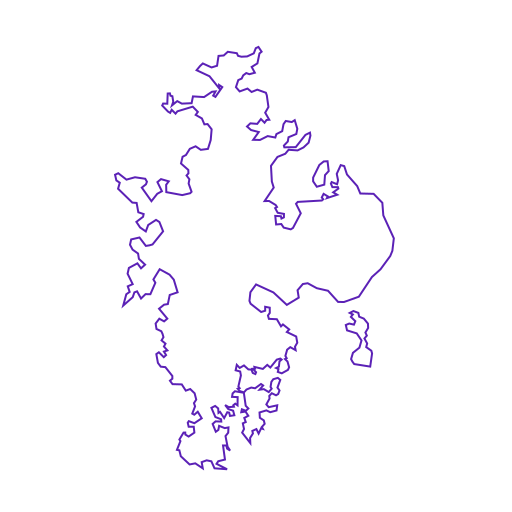 outline of Geoje-si, South Gyeongsang, South Korea, rotated 171°
{"feature_id": "91817680B58127051569150", "entity_name": "Geoje-si", "entity_type": "district", "adm_level": 2, "iso_a3": "KOR", "parent_name": "South Korea", "parent_adm1": "South Gyeongsang", "projection": "albers", "projection_center": [128.639, 34.872], "detail": "fine", "context": "isolated", "style": "outline", "palette": "violet", "viewbox_px": 512, "rotation_deg": 171, "n_neighbors": 0, "source": "geoboundaries", "source_scale": "gbopen_adm2", "svg_char_len": 6110}
<svg xmlns="http://www.w3.org/2000/svg" viewBox="0 0 512 512"><g transform="rotate(171 256 256)"><path d="M330.2,52.8L317.9,49.9L327.5,56.9L325.4,59.2L318.5,59.8L318.2,74.0L314.9,73.5L314.7,70.3L312.0,67.9L313.9,72.1L314.3,82.9L311.1,85.8L310.0,91.0L313.8,90.9L319.0,94.0L320.4,90.1L323.2,88.7L325.1,96.9L321.8,99.0L316.2,97.9L316.0,100.2L321.3,103.3L323.8,113.0L319.8,114.3L317.2,111.4L317.6,106.9L315.9,107.7L312.8,100.9L308.8,106.2L307.0,105.5L306.7,102.1L302.3,102.1L302.8,106.8L307.3,109.1L309.8,113.6L306.6,111.0L301.4,110.6L301.8,112.1L299.6,113.4L297.6,111.4L296.2,119.5L301.7,120.6L300.6,123.9L298.0,125.7L289.4,122.8L289.6,109.7L287.4,106.6L290.2,104.7L293.9,106.8L295.0,104.0L290.7,104.0L288.6,99.4L292.9,97.9L292.1,93.6L295.2,92.8L294.9,87.0L297.3,83.7L290.9,72.1L290.3,77.2L286.8,81.2L287.0,83.8L282.7,85.0L281.2,80.2L277.9,85.0L276.3,84.2L277.0,86.2L273.7,88.9L274.0,92.4L277.5,95.6L277.0,100.9L269.9,101.9L266.4,99.5L259.9,100.2L258.4,105.2L267.1,104.7L269.0,107.8L264.9,113.1L264.8,115.7L261.9,118.0L258.0,115.3L255.7,116.2L253.8,119.5L255.4,122.7L251.4,129.8L253.5,132.2L258.2,131.6L260.5,129.3L262.1,124.4L261.3,122.5L264.7,119.6L269.1,123.3L273.4,123.4L269.2,127.0L271.1,128.8L277.6,125.5L281.3,126.8L286.3,125.6L289.2,123.2L293.0,125.0L294.8,127.8L292.9,128.1L293.8,129.9L289.6,140.4L289.7,144.4L294.0,146.3L292.0,151.5L289.6,148.0L285.0,149.8L281.3,145.2L278.3,144.5L277.5,141.0L275.1,139.5L274.1,141.2L276.8,145.1L274.7,144.9L274.9,146.7L266.9,143.4L261.9,146.7L259.3,143.6L251.7,150.4L248.0,150.9L246.9,149.7L249.3,148.2L250.7,143.1L253.6,142.2L251.5,140.8L252.6,138.1L248.9,136.1L242.3,138.5L240.7,140.9L241.4,146.9L243.5,149.7L241.7,150.3L242.6,152.7L239.9,158.6L236.4,160.6L231.6,156.8L231.7,160.3L228.8,163.9L228.9,170.2L237.4,176.1L234.7,178.3L240.1,184.2L242.3,182.6L245.3,190.3L253.1,191.9L253.5,195.4L251.3,197.6L250.5,202.8L254.9,204.4L255.5,200.5L259.7,199.9L268.8,209.7L269.5,212.7L267.2,221.1L260.4,227.9L244.5,217.3L233.2,202.9L220.3,208.2L220.3,215.7L214.1,221.0L209.2,221.0L201.0,214.7L190.3,210.4L182.1,197.8L176.3,196.8L160.8,199.7L144.8,217.1L135.1,223.4L123.4,235.0L120.5,239.8L117.1,251.9L123.9,276.2L122.9,288.8L130.1,299.0L143.2,301.4L145.1,309.2L153.4,322.3L154.8,331.0L158.1,332.5L163.4,324.5L163.1,317.9L164.7,314.2L169.7,317.2L170.7,315.8L169.8,312.1L164.3,311.2L164.1,309.7L169.8,306.8L166.2,303.8L176.9,302.1L175.7,303.6L179.5,306.8L181.9,303.5L180.7,301.5L182.3,300.5L206.3,302.9L208.3,301.3L205.1,291.2L215.1,277.9L217.5,276.9L224.2,279.7L226.0,283.6L231.2,284.0L230.7,292.6L225.2,291.4L225.0,289.0L222.4,289.8L221.8,293.2L227.8,295.3L229.6,300.3L227.6,301.1L228.6,303.3L234.5,308.3L238.9,308.9L227.8,320.8L228.7,327.1L227.1,342.7L219.3,350.5L211.1,352.4L207.2,355.8L198.4,353.8L192.1,355.8L186.3,359.7L183.4,366.4L183.4,369.4L188.2,367.9L199.7,357.3L211.0,358.9L211.2,360.7L206.7,364.1L205.3,368.2L197.1,370.2L195.3,375.2L196.5,384.1L199.7,382.7L205.5,384.7L208.2,381.9L210.6,375.2L216.8,373.2L218.4,370.0L225.7,372.6L233.9,370.0L240.6,371.2L233.9,378.0L241.2,381.2L244.6,385.3L240.8,387.9L234.1,386.3L229.7,390.5L226.7,386.3L224.3,388.7L221.6,388.5L224.5,396.1L220.4,401.2L220.2,413.0L220.7,415.7L228.7,420.1L234.7,418.7L238.2,422.7L246.4,421.1L249.4,425.9L246.0,432.5L242.4,433.5L240.4,436.4L237.0,438.2L234.1,436.6L228.5,437.2L230.7,443.4L224.5,446.0L220.9,455.5L218.5,456.9L220.9,462.1L223.7,461.3L226.5,456.5L233.5,454.5L239.2,455.1L242.4,456.5L243.2,459.3L251.9,462.1L256.5,459.1L261.7,459.5L264.7,450.0L270.4,449.2L278.4,454.5L281.4,452.5L285.6,448.8L273.8,440.8L266.1,427.3L265.7,430.7L262.9,428.1L271.2,419.5L273.2,421.1L270.2,424.9L273.8,425.1L282.4,421.1L293.3,423.5L295.7,417.0L305.4,418.1L309.6,421.3L315.4,417.9L313.6,421.3L313.6,426.9L315.4,427.7L315.6,430.1L317.8,430.3L319.8,420.3L323.9,421.1L325.1,419.3L320.3,412.4L318.4,410.8L316.4,413.6L313.2,409.2L311.0,411.2L295.1,413.4L290.9,407.4L293.5,404.8L287.9,400.3L286.4,394.1L283.2,393.9L280.0,388.1L282.6,377.6L286.7,369.3L293.9,369.5L298.5,373.8L304.6,372.2L309.4,366.7L313.0,365.5L315.6,359.1L309.4,351.6L309.8,348.2L312.0,346.4L309.8,342.2L311.2,338.1L309.6,329.5L311.2,328.3L319.3,327.7L334.6,333.1L333.6,340.4L330.5,343.4L337.8,346.8L341.8,344.4L338.8,334.7L343.8,332.9L350.7,326.5L358.1,341.4L353.5,344.0L352.1,346.4L353.3,349.6L363.2,352.7L372.0,351.7L379.1,359.3L382.5,358.3L382.1,352.5L379.1,349.7L381.7,344.0L369.8,328.1L365.6,327.1L365.4,317.6L360.4,315.0L361.4,312.4L368.8,308.4L366.0,302.3L361.0,297.5L357.6,303.5L349.1,307.3L346.1,304.7L343.9,294.9L356.4,283.6L359.6,283.2L363.2,283.2L368.2,292.5L376.7,291.9L378.7,286.8L376.9,281.6L372.1,276.9L372.1,271.5L366.9,264.8L371.5,261.8L374.3,267.3L383.4,264.1L385.6,258.6L382.2,247.5L387.4,246.1L386.4,240.3L390.1,238.5L394.9,227.8L384.2,234.6L381.8,239.1L379.0,239.7L376.2,232.0L371.1,235.6L366.3,234.8L359.6,245.3L361.0,248.9L353.2,258.0L344.3,251.1L340.9,245.5L339.1,232.4L347.3,231.0L350.6,222.3L354.4,222.3L360.0,219.1L353.4,208.0L357.0,205.8L361.3,209.2L365.7,205.0L365.7,199.5L361.3,196.5L360.5,193.7L360.1,190.3L362.5,187.4L359.1,183.6L361.1,181.0L358.3,176.6L361.9,176.0L360.3,172.2L362.9,170.5L367.0,176.1L369.8,174.7L369.6,165.8L367.4,161.6L362.9,160.4L357.4,150.6L357.8,147.9L360.5,146.3L358.5,142.5L349.4,140.8L346.4,134.0L341.8,134.9L338.1,130.0L337.5,123.5L340.3,120.4L339.7,117.0L343.6,110.3L341.8,108.9L337.9,111.3L335.0,104.2L343.0,100.5L348.2,103.4L349.5,102.0L349.2,97.9L344.2,97.1L344.5,91.2L350.8,88.2L353.7,90.7L353.5,92.7L355.2,92.9L360.4,86.7L359.6,85.0L364.4,76.9L362.1,76.1L361.6,70.0L354.2,60.5L348.4,60.7L341.8,54.6L341.9,60.9L336.7,61.9L332.2,60.2L330.2,52.8ZM177.7,168.3L168.6,163.8L165.0,156.1L168.2,149.3L175.4,145.2L178.2,139.3L177.3,136.6L175.9,133.9L160.5,128.9L156.6,141.6L156.9,144.4L161.4,148.8L159.9,152.2L161.8,157.6L159.0,160.0L159.9,163.3L156.5,167.4L156.0,171.7L159.3,177.3L163.6,179.9L163.8,183.8L168.4,186.4L172.3,185.1L169.5,183.1L171.8,181.0L168.1,176.1L170.0,172.9L174.5,174.7L178.1,173.8L177.7,168.3ZM179.2,336.0L187.3,324.5L187.9,320.8L185.1,314.9L177.4,315.8L175.2,325.1L170.9,328.5L170.5,338.4L174.3,338.8L179.2,336.0Z" fill="none" stroke="#5b21b6" stroke-width="2"/></g></svg>